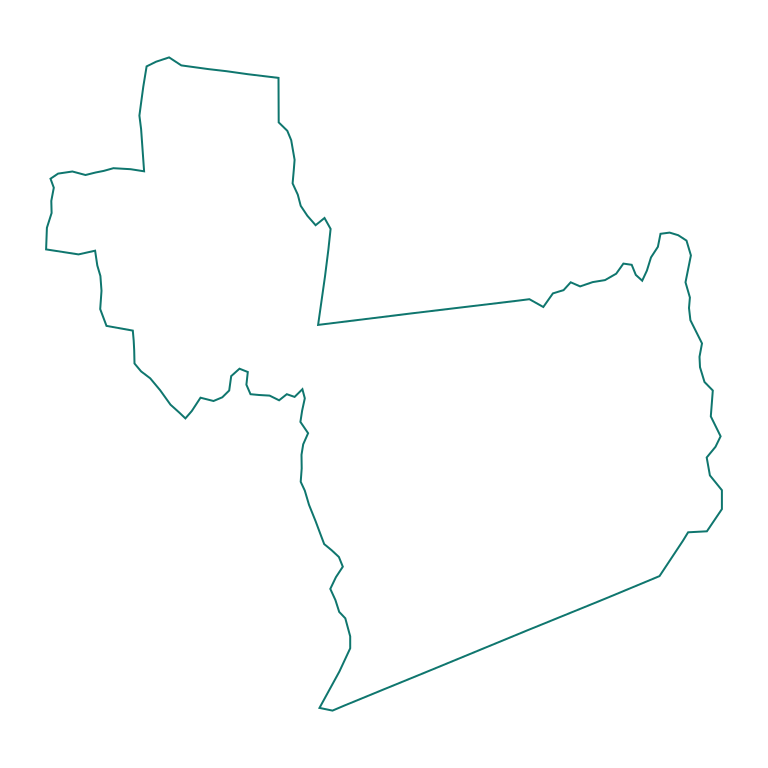 Novo Hamburgo, Rio Grande do Sul, Brazil (Natural Earth projection)
{"feature_id": "56859067B90736341852605", "entity_name": "Novo Hamburgo", "entity_type": "district", "adm_level": 2, "iso_a3": "BRA", "parent_name": "Brazil", "parent_adm1": "Rio Grande do Sul", "projection": "natural_earth1", "projection_center": [-51.068, -29.733], "detail": "fine", "context": "isolated", "style": "outline", "palette": "teal", "viewbox_px": 768, "rotation_deg": 0, "n_neighbors": 0, "source": "geoboundaries", "source_scale": "gbopen_adm2", "svg_char_len": 1904}
<svg xmlns="http://www.w3.org/2000/svg" viewBox="0 0 768 768"><path d="M278.5,77.9L247.8,74.2L226.5,71.2L208.4,69.1L181.3,65.4L169.1,57.4L156.1,61.7L146.6,66.4L143.3,86.6L141.1,102.8L139.4,115.6L141.1,129.1L142.8,153.0L144.1,171.3L130.6,169.2L113.4,168.2L103.7,170.9L95.6,172.5L85.5,175.0L72.4,171.5L58.1,173.6L50.5,178.7L53.8,187.7L51.3,200.9L51.6,213.0L46.9,227.8L46.1,249.4L78.5,254.4L95.1,250.7L97.3,265.5L100.4,276.0L101.5,290.8L100.2,309.1L106.5,325.9L132.8,330.6L133.7,340.7L134.2,350.4L134.5,363.5L141.1,371.4L150.2,378.3L160.2,390.3L170.5,404.7L179.2,412.5L185.4,418.4L191.8,411.0L200.5,397.7L213.5,401.0L222.3,397.3L229.2,390.5L231.2,376.1L239.5,368.7L247.8,372.0L246.4,384.7L250.5,394.2L259.1,395.0L269.6,395.6L279.1,400.3L286.8,394.2L294.6,396.9L302.4,389.2L304.8,398.3L302.1,410.8L300.4,421.9L308.1,433.2L303.2,444.3L301.5,454.8L301.7,468.4L300.7,481.8L304.8,490.6L309.0,504.8L315.6,521.2L320.3,533.8L324.2,544.1L331.6,550.2L338.9,557.0L342.8,566.7L335.9,577.2L330.3,588.9L335.4,600.0L339.2,611.9L345.3,618.3L350.2,636.4L350.2,648.3L339.4,671.5L319.5,707.9L332.5,710.6L344.5,705.5L383.2,689.6L427.5,671.5L527.2,630.4L604.9,598.8L659.5,576.1L682.9,540.8L688.1,532.3L706.9,531.3L721.9,509.1L721.9,490.2L709.9,475.4L706.7,457.5L715.5,446.8L720.6,436.3L710.8,416.4L712.8,390.5L704.5,382.0L700.0,367.2L699.5,356.8L702.0,343.4L690.4,320.2L689.0,308.0L689.9,297.5L685.5,282.3L690.9,255.4L686.5,240.6L678.2,235.2L669.6,232.6L660.5,233.8L657.9,246.8L651.0,257.4L646.9,270.6L642.2,280.7L635.8,274.9L631.7,264.8L623.4,263.6L616.2,273.7L605.0,280.1L592.7,282.1L580.1,286.4L570.7,282.3L563.6,290.1L552.9,293.4L543.3,307.0L529.4,299.2L518.4,300.6L411.4,313.4L318.1,324.9L325.0,276.4L328.4,249.4L330.6,228.9L324.5,218.0L315.6,225.2L307.3,215.7L300.7,205.8L297.8,194.7L292.6,183.4L293.8,169.9L294.6,159.8L291.2,140.2L287.3,130.8L278.7,122.4L278.5,77.9Z" fill="none" stroke="#0f766e" stroke-width="2"/></svg>